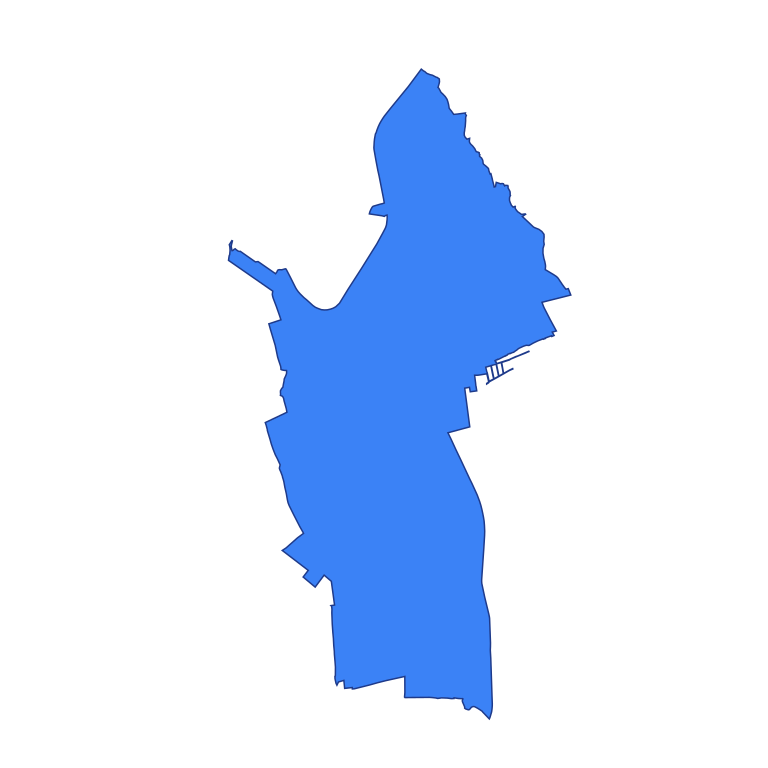 the district of Bacau, Bacau, Romania, rotated 8°
{"feature_id": "2599482B93672222813431", "entity_name": "Bacau", "entity_type": "district", "adm_level": 2, "iso_a3": "ROU", "parent_name": "Romania", "parent_adm1": "Bacau", "projection": "albers", "projection_center": [26.916, 46.564], "detail": "fine", "context": "isolated", "style": "filled", "palette": "blue", "viewbox_px": 768, "rotation_deg": 8, "n_neighbors": 0, "source": "geoboundaries", "source_scale": "gbopen_adm2", "svg_char_len": 6123}
<svg xmlns="http://www.w3.org/2000/svg" viewBox="0 0 768 768"><g transform="rotate(8 384 384)"><path d="M271.8,438.7L273.0,441.1L274.8,445.4L275.0,446.4L278.8,454.6L280.8,459.2L283.2,463.9L286.2,469.2L288.7,472.7L292.4,478.5L292.1,481.5L292.2,482.3L293.1,484.0L293.8,485.0L296.2,489.4L296.4,490.2L297.5,492.5L298.4,494.6L300.2,500.1L302.5,506.1L304.4,512.0L305.5,514.9L307.0,517.6L312.9,526.2L320.5,537.0L324.2,541.8L325.1,543.1L319.8,548.3L309.8,560.0L306.4,563.0L334.9,579.1L330.8,586.4L344.1,594.7L351.3,581.6L359.3,586.7L365.8,609.8L362.4,610.8L362.8,611.1L363.3,612.2L363.8,614.2L364.2,617.9L366.2,629.1L368.0,637.5L369.3,643.0L370.6,649.8L372.0,655.7L372.5,658.6L374.2,666.0L375.3,671.1L376.4,679.4L376.3,680.3L376.1,680.4L376.5,682.7L378.1,687.0L379.3,688.8L380.4,685.4L385.5,683.1L387.4,690.9L394.8,689.0L395.1,690.4L397.2,689.9L411.5,684.1L419.0,680.8L427.1,677.5L445.3,670.7L447.6,686.4L447.9,691.2L448.4,691.6L472.6,688.0L475.4,687.8L479.1,687.7L481.0,687.9L484.7,686.8L490.7,686.2L494.4,686.2L497.1,685.7L497.1,685.0L501.2,685.1L504.7,684.8L505.5,684.6L506.0,684.9L505.6,686.6L505.9,687.7L508.5,692.0L508.8,692.5L509.0,693.8L510.0,694.4L512.8,694.9L513.6,694.7L514.2,694.1L515.5,692.0L516.2,691.5L517.1,691.0L518.1,690.9L518.9,691.0L521.9,692.1L524.5,693.3L526.9,694.5L527.4,695.1L534.9,701.0L535.3,699.7L535.7,697.2L536.2,693.7L536.2,690.9L536.0,687.6L535.7,685.3L535.0,681.5L527.9,640.7L526.3,632.7L526.0,629.5L525.5,625.6L521.2,601.5L520.8,600.0L519.9,597.5L513.4,581.1L508.6,567.9L508.1,565.5L507.9,563.6L505.7,532.7L504.7,520.1L504.2,515.7L503.1,509.8L502.2,505.8L501.0,501.9L499.6,497.9L498.3,494.4L496.8,490.7L495.0,486.9L491.8,481.0L484.9,470.2L481.9,465.8L471.1,449.2L464.2,438.8L457.7,428.7L454.1,423.4L474.9,414.5L464.5,376.9L469.1,375.4L470.5,379.7L476.8,377.9L475.5,373.6L475.2,373.0L474.6,370.4L472.5,362.7L475.4,362.3L477.3,361.8L484.4,359.6L487.3,367.1L486.7,368.2L485.6,369.1L485.7,369.7L487.0,368.6L487.5,368.1L487.8,367.3L488.8,366.5L495.4,361.6L506.4,353.1L509.5,351.2L509.3,350.8L506.6,352.6L492.3,363.5L487.7,366.7L484.7,358.6L484.1,357.6L482.4,353.2L487.3,351.0L489.6,357.6L491.0,361.4L491.9,363.6L492.2,363.4L491.3,361.1L487.6,350.8L492.3,348.8L496.3,360.1L496.6,359.9L492.6,348.6L492.9,348.3L497.1,346.4L499.1,352.1L500.6,356.9L500.9,356.7L497.5,346.3L504.9,342.7L506.0,341.7L511.0,338.7L520.4,333.3L520.7,333.0L523.0,331.7L522.8,331.4L512.4,337.7L510.8,338.4L505.5,341.8L504.8,342.3L492.7,348.1L491.7,346.3L491.3,346.5L490.7,345.4L492.9,343.9L493.0,344.1L494.6,343.2L500.1,339.3L500.2,339.5L501.3,338.7L501.2,338.6L502.2,338.0L502.4,337.4L503.0,337.0L504.4,336.2L504.6,336.4L506.6,335.1L508.0,334.5L509.7,332.8L510.6,332.1L511.9,330.6L512.8,329.8L516.8,327.2L519.2,326.0L519.9,325.8L521.9,325.7L522.5,325.5L526.1,322.7L530.3,319.9L535.2,317.2L535.5,317.5L537.4,316.5L537.2,316.1L540.9,314.1L543.1,313.0L543.5,313.6L545.7,312.3L543.4,309.2L547.3,307.5L539.4,296.8L532.2,286.6L531.2,285.0L529.1,281.1L556.6,269.9L553.2,263.9L551.0,264.8L549.2,263.2L546.7,260.6L541.6,254.9L539.9,253.6L536.8,252.1L527.8,248.3L527.6,244.9L527.3,243.6L526.2,240.4L524.8,237.3L523.2,232.3L522.6,227.6L523.2,223.5L522.3,220.4L522.1,216.2L521.6,213.5L519.1,211.0L515.9,209.3L511.4,208.2L510.1,207.7L497.7,198.9L500.6,196.2L500.2,195.9L496.6,196.9L492.4,194.8L491.1,193.6L489.7,192.1L489.3,191.2L489.3,190.6L489.4,190.1L489.2,189.8L488.5,190.1L487.3,190.9L485.3,189.3L483.7,186.7L482.8,184.9L482.5,183.3L482.4,181.5L483.0,179.6L482.6,179.2L482.4,177.6L482.1,176.2L481.6,175.3L479.7,172.8L479.4,171.7L479.4,171.1L479.0,170.2L476.8,170.3L475.9,171.0L474.4,169.1L473.0,169.0L471.7,169.5L467.1,168.7L466.9,173.0L465.7,173.6L464.9,171.4L463.2,167.4L462.5,165.4L460.6,160.9L459.9,161.3L458.3,158.5L457.4,156.0L455.2,154.4L452.0,152.5L451.5,151.8L450.8,149.2L450.5,148.5L449.2,146.7L447.0,145.3L446.8,144.7L447.1,143.7L446.5,143.2L446.2,142.7L446.1,141.7L444.9,141.3L443.1,141.1L442.2,140.0L441.2,138.4L438.6,135.9L436.6,134.5L435.4,133.2L434.9,132.4L434.7,131.4L434.6,128.8L432.1,130.0L430.0,128.3L428.9,126.6L428.5,124.1L428.6,122.0L428.5,120.3L428.6,117.7L428.2,111.9L427.9,110.0L427.8,108.7L427.8,107.9L428.2,106.7L427.0,105.3L426.7,104.7L426.8,104.3L419.0,106.5L415.5,107.3L413.4,105.0L410.2,101.9L409.0,98.1L407.9,95.5L406.8,93.3L404.7,90.9L401.7,88.5L399.9,87.3L397.2,83.6L396.8,83.2L396.2,82.9L396.8,78.7L396.9,77.0L396.3,74.2L394.0,73.0L392.9,72.9L389.1,71.5L386.3,71.2L383.1,70.4L380.9,68.9L379.6,68.5L377.1,67.0L370.6,78.9L366.6,86.2L351.9,110.4L347.1,118.6L345.8,121.2L344.6,123.9L343.5,126.7L342.5,130.0L341.6,133.9L341.3,136.0L340.7,137.6L340.5,142.6L340.6,145.5L341.1,151.4L341.5,153.2L344.9,163.7L348.2,173.4L350.2,178.7L357.8,200.7L359.1,204.7L357.2,205.7L355.3,206.4L348.5,209.5L347.7,210.5L347.4,211.2L346.7,213.0L346.1,215.2L345.8,217.2L345.8,217.6L358.7,217.7L361.0,218.0L361.8,217.1L363.5,216.3L363.9,218.0L364.2,220.8L364.3,226.1L363.8,228.8L363.4,230.1L361.5,235.4L357.3,246.5L353.8,254.3L345.8,272.3L335.3,295.0L328.7,310.2L325.5,314.2L323.1,316.0L320.6,317.3L317.4,318.5L314.5,319.0L311.5,319.1L307.9,318.3L305.4,317.6L302.7,316.2L295.8,311.5L292.7,309.6L288.4,306.4L286.3,304.6L284.4,302.6L283.1,301.0L276.6,291.6L271.7,284.7L270.7,283.6L269.9,283.8L266.9,285.1L264.2,285.4L263.7,285.6L263.0,286.0L262.8,286.3L262.5,287.6L261.3,289.9L243.9,281.1L242.2,280.3L239.7,281.0L223.2,272.6L222.6,272.8L221.8,272.8L220.9,272.6L218.8,271.5L217.8,270.8L216.8,271.5L216.1,272.5L215.4,273.0L214.9,273.1L213.6,269.1L213.6,267.5L213.6,267.4L214.0,263.4L213.4,263.2L211.4,267.6L211.9,268.7L212.3,269.9L212.9,272.8L213.0,273.7L213.2,277.5L212.9,278.1L212.8,279.7L212.8,283.2L260.9,307.5L260.9,310.8L261.5,312.6L262.3,314.4L266.7,322.4L271.3,331.3L273.0,334.8L261.6,340.4L264.0,345.9L270.9,360.9L274.9,372.1L276.2,374.9L279.1,380.7L279.7,382.6L279.9,383.9L280.2,384.1L281.5,384.3L283.4,384.4L285.6,384.2L285.9,385.7L286.0,387.5L285.5,389.7L284.5,392.9L284.6,395.0L284.4,398.1L284.3,401.3L283.8,401.9L283.1,403.2L282.4,405.1L282.6,406.7L283.0,408.3L283.0,409.7L284.9,410.2L285.9,411.1L286.7,412.5L287.4,414.6L290.6,421.9L291.8,425.5L271.8,438.7Z" fill="#3b82f6" stroke="#1e3a8a" stroke-width="1.5"/></g></svg>